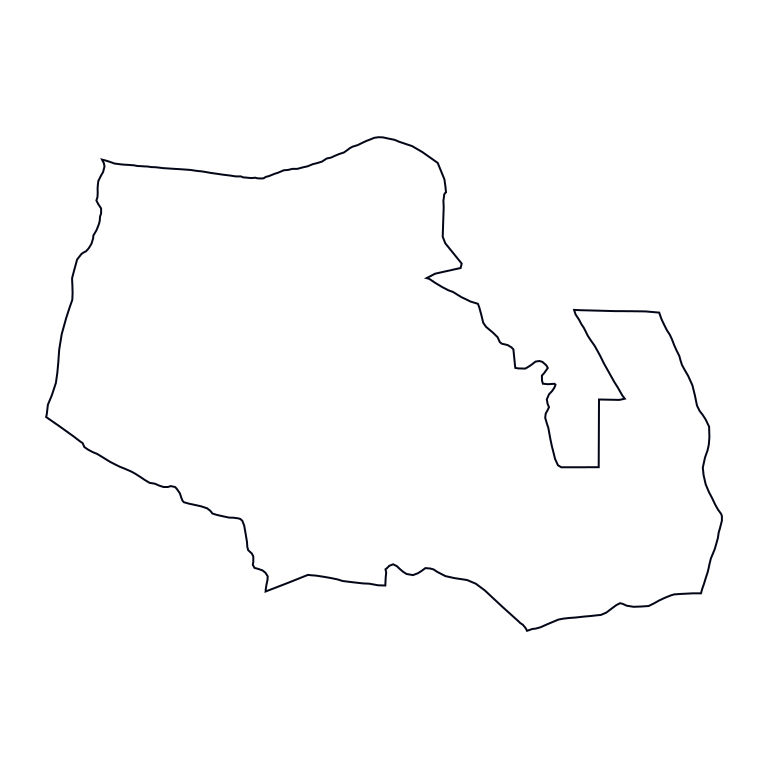 outline of Kampong Siem, Kâmpóng Cham, Cambodia, rotated 270°
{"feature_id": "14789045B55326274387171", "entity_name": "Kampong Siem", "entity_type": "district", "adm_level": 2, "iso_a3": "KHM", "parent_name": "Cambodia", "parent_adm1": "Kâmpóng Cham", "projection": "robinson", "projection_center": [105.438, 12.055], "detail": "fine", "context": "isolated", "style": "outline", "palette": "ink", "viewbox_px": 768, "rotation_deg": 270, "n_neighbors": 0, "source": "geoboundaries", "source_scale": "gbopen_adm2", "svg_char_len": 5040}
<svg xmlns="http://www.w3.org/2000/svg" viewBox="0 0 768 768"><g transform="rotate(270 384 384)"><path d="M176.5,265.6L185.3,288.4L193.1,307.9L192.7,311.8L192.4,315.9L191.2,323.8L190.0,330.7L188.6,337.5L187.0,342.6L185.8,352.3L184.6,362.9L184.3,369.3L182.7,378.2L182.5,385.3L190.6,385.7L195.4,386.2L198.7,385.5L199.6,386.7L202.2,389.3L203.7,393.1L202.6,395.3L201.9,396.8L199.3,399.5L196.2,403.1L194.0,406.6L192.9,413.0L194.8,418.0L197.3,421.9L199.9,425.4L199.5,430.1L198.6,433.5L196.1,437.3L191.9,445.4L189.9,454.4L188.0,467.0L184.3,475.8L177.6,484.8L160.9,502.7L146.5,518.7L145.0,520.2L143.3,522.8L139.8,525.7L137.2,527.0L137.9,529.2L139.0,532.2L139.4,535.7L140.8,540.7L143.5,546.7L146.1,552.9L148.4,558.3L149.3,562.9L150.0,569.0L150.5,575.8L151.4,583.8L152.1,591.8L152.5,595.1L153.1,601.0L155.4,606.3L159.7,612.0L162.8,616.2L164.8,620.0L164.1,622.8L162.3,626.7L161.2,633.6L161.5,641.5L162.0,648.7L164.9,654.5L167.5,659.1L170.3,665.1L172.7,671.1L173.6,674.2L174.1,681.5L174.4,687.7L174.7,693.3L174.7,697.4L174.7,701.0L178.8,702.1L184.5,704.1L189.8,705.7L195.6,707.6L199.2,708.5L201.5,709.0L203.2,709.3L209.6,710.9L214.4,712.9L218.8,714.7L223.9,716.2L230.1,717.9L235.5,718.7L239.9,720.0L247.4,721.9L251.9,721.9L254.0,721.2L258.4,718.0L263.4,715.2L269.7,712.2L276.0,708.9L283.6,705.7L292.8,703.6L300.4,702.8L310.4,705.0L315.3,706.7L317.5,707.5L323.2,708.8L330.8,709.4L341.3,709.1L348.4,705.7L353.1,702.7L357.1,699.6L362.4,697.0L372.6,694.9L382.7,692.4L392.0,688.2L398.4,684.5L403.0,682.0L407.3,680.6L412.1,679.3L417.2,676.7L422.8,674.2L428.8,671.9L433.3,669.8L437.6,667.0L443.1,664.2L448.6,661.6L452.2,660.3L455.4,659.2L456.6,645.3L456.8,630.5L456.9,614.3L457.4,596.1L457.8,580.5L458.1,574.1L453.7,575.5L448.2,579.1L444.0,581.3L439.9,584.0L438.4,584.7L436.7,585.6L432.2,587.8L427.5,590.9L422.4,594.5L417.1,597.5L412.1,600.2L404.4,604.0L397.8,607.7L386.0,614.3L380.8,617.6L372.4,622.4L369.3,624.8L368.1,619.4L368.5,599.0L300.8,598.7L300.7,561.3L302.8,557.9L309.3,555.0L315.8,553.4L321.7,551.9L328.8,550.4L334.7,549.3L339.8,548.4L344.4,546.9L350.2,545.2L354.4,545.7L358.2,547.8L360.9,549.0L364.1,547.6L368.6,546.8L373.7,549.0L377.2,552.3L380.8,554.6L383.3,555.5L384.2,554.5L383.8,547.8L384.3,542.9L387.4,542.0L392.4,541.9L395.1,544.3L400.0,547.8L402.8,546.2L406.1,542.4L407.0,539.4L406.4,535.5L402.9,531.0L400.5,527.2L399.4,525.2L399.6,518.1L400.1,515.3L402.6,515.0L418.6,513.4L420.6,511.5L422.9,507.7L423.5,505.3L424.3,501.8L425.9,499.8L430.8,497.6L435.4,492.9L441.2,486.0L445.3,483.2L452.8,481.4L460.5,479.3L462.4,478.6L464.2,477.9L466.5,470.4L469.1,465.2L470.8,461.5L473.5,457.1L476.0,453.1L477.8,448.2L481.1,441.9L485.2,435.1L489.1,429.3L489.9,426.6L494.3,435.1L500.0,460.6L504.4,461.7L524.7,445.3L531.3,442.7L560.9,443.7L567.3,443.4L571.3,444.0L573.5,444.2L574.6,444.8L575.7,446.0L581.7,445.4L588.7,444.4L605.1,437.7L615.9,422.4L621.9,412.1L626.3,399.0L628.2,394.5L629.3,389.0L630.6,383.1L630.8,378.6L630.2,374.3L628.6,370.4L627.2,366.7L625.5,363.0L622.9,357.7L621.3,352.5L620.0,350.1L617.7,347.0L615.5,343.9L614.0,339.2L612.2,334.9L610.4,331.0L609.5,326.7L606.4,322.0L604.9,317.1L603.9,313.0L601.7,307.6L600.6,302.7L599.1,297.2L599.1,292.3L598.1,288.2L597.7,283.7L595.3,278.1L594.2,274.6L591.9,268.9L591.1,265.8L589.7,263.6L589.5,261.1L589.7,257.4L590.3,255.2L589.9,251.5L590.5,245.1L590.6,243.3L591.6,240.8L591.6,235.6L592.1,232.4L592.4,230.5L592.8,227.3L593.3,223.1L594.3,216.3L595.1,210.6L596.0,205.7L596.6,201.8L597.1,196.9L598.0,190.8L598.2,188.7L598.5,184.4L598.9,178.7L599.2,173.3L599.4,170.5L599.6,167.5L599.9,162.8L600.4,159.0L600.8,155.2L600.9,151.5L601.5,147.4L601.6,144.6L601.9,140.2L602.0,137.4L602.7,133.9L603.0,129.7L603.2,127.0L603.3,124.6L603.6,121.3L603.9,118.9L604.2,116.8L604.4,114.7L605.5,111.7L606.4,109.1L607.5,105.6L608.4,102.0L604.7,103.9L601.5,104.5L596.0,103.1L592.2,100.9L586.9,98.3L582.5,97.8L579.2,97.6L575.3,97.7L571.1,97.5L567.5,96.4L563.8,98.3L559.6,101.1L554.5,101.1L551.3,100.0L547.6,99.8L544.5,99.1L541.5,98.0L537.6,96.4L532.6,93.4L529.6,93.1L524.3,91.5L521.3,89.7L519.3,88.4L516.7,86.0L515.6,83.8L514.1,81.5L508.5,77.1L504.0,75.9L497.1,74.0L489.9,72.1L488.2,72.1L482.5,72.4L474.8,72.6L468.1,72.3L460.5,69.6L450.0,66.2L433.8,61.7L418.4,59.2L405.6,58.3L395.0,57.3L385.1,55.9L372.9,51.9L363.3,47.9L353.3,46.7L351.0,46.1L341.2,60.2L331.2,74.1L326.8,79.8L324.9,82.6L320.9,84.4L318.3,88.2L315.9,92.7L314.1,97.1L310.9,102.4L306.2,110.0L303.9,114.5L301.4,119.5L299.3,124.7L296.6,131.0L294.2,135.4L290.6,141.0L288.1,144.7L285.2,149.5L284.3,154.9L282.3,159.4L281.0,163.6L281.0,167.8L281.9,170.8L281.0,175.0L279.4,176.6L277.0,178.3L274.6,179.9L270.9,181.1L267.5,182.4L265.8,183.8L264.3,189.1L263.2,194.3L261.7,201.1L259.7,207.1L257.2,210.3L254.5,212.4L253.2,216.5L252.0,221.6L250.4,229.1L250.3,233.2L249.6,238.5L248.9,240.5L247.2,242.3L242.4,244.2L233.8,245.7L225.9,247.0L221.1,247.3L217.8,248.2L214.5,251.8L211.6,253.3L206.2,253.3L203.2,252.8L200.1,254.5L199.1,258.2L197.6,262.5L195.2,265.5L191.7,267.7L188.1,267.5L182.9,266.4L179.1,265.8L176.5,265.6Z" fill="none" stroke="#020617" stroke-width="2"/></g></svg>